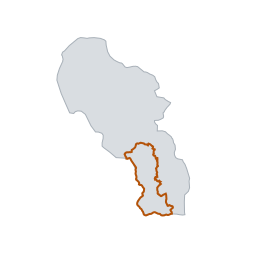 Slovakia, with Košický highlighted, rotated 68°
{"feature_id": "SVK-1057", "entity_name": "Košický", "entity_type": "Region", "adm_level": 1, "iso_a3": "SVK", "parent_name": "Slovakia", "parent_adm1": "", "projection": "orthographic", "projection_center": [21.122, 48.674], "detail": "fine", "context": "in_parent", "style": "outline", "palette": "amber", "viewbox_px": 256, "rotation_deg": 68, "n_neighbors": 0, "source": "natural_earth", "source_scale": "10m", "svg_char_len": 6620}
<svg xmlns="http://www.w3.org/2000/svg" viewBox="0 0 256 256"><g transform="rotate(68 128 128)"><path d="M229.7,107.7L229.2,109.9L227.8,112.5L226.0,115.3L224.6,118.5L222.7,125.5L221.4,128.8L216.0,135.2L215.7,144.1L215.0,144.7L202.6,147.8L201.0,147.4L199.3,145.7L198.3,144.4L197.8,143.5L196.7,141.1L195.2,139.4L193.1,138.0L191.2,136.3L188.7,136.3L182.1,138.6L177.4,138.8L174.3,138.1L170.2,136.7L162.2,136.4L156.7,137.6L156.2,139.3L151.0,150.1L143.5,154.0L137.0,158.0L135.1,158.8L132.0,157.5L128.4,155.0L125.4,153.7L123.1,154.2L120.7,156.9L119.5,159.6L112.1,161.5L99.4,162.4L94.9,165.0L93.3,168.2L93.1,170.7L94.2,172.9L92.7,175.4L92.1,176.4L83.0,176.7L71.0,177.0L63.8,176.5L57.0,176.0L52.5,173.7L47.1,169.2L41.5,163.3L40.9,163.2L40.1,162.5L36.4,161.9L35.4,162.2L33.2,160.3L32.7,157.9L29.6,151.5L26.3,141.0L26.4,138.1L28.1,134.8L29.6,132.3L29.9,130.3L30.1,129.7L31.5,125.6L34.5,120.1L37.3,117.0L39.2,116.0L43.0,117.2L49.6,118.3L54.7,117.8L59.6,115.5L62.2,113.4L64.5,111.2L65.3,109.7L66.3,109.1L70.3,107.9L71.6,106.4L72.2,103.5L72.7,100.2L73.6,97.8L74.7,96.1L82.0,92.1L82.7,90.6L83.9,89.2L86.1,87.6L88.3,85.3L90.5,84.0L93.3,84.2L95.9,84.0L97.9,83.2L98.8,83.2L102.5,84.0L103.1,86.7L103.4,89.5L109.8,89.5L113.5,83.5L115.4,82.9L118.4,80.8L120.4,79.0L121.7,80.2L123.5,84.1L125.5,87.3L126.7,88.5L126.8,89.5L128.0,90.1L130.3,90.5L131.8,91.5L132.2,94.4L132.2,97.0L131.5,98.9L131.0,100.6L132.6,101.2L135.0,100.6L136.7,99.7L141.7,102.0L143.5,97.2L145.5,94.7L148.1,93.6L150.5,92.1L152.6,91.1L154.1,91.1L154.7,90.7L156.5,90.8L158.7,91.3L161.5,90.8L165.5,92.0L168.0,94.2L170.4,95.0L173.2,94.9L175.1,93.6L177.9,89.4L179.9,89.5L183.0,88.8L187.4,88.8L197.7,89.7L200.2,91.3L206.5,93.3L209.3,95.7L210.5,98.5L211.2,100.5L217.7,103.5L227.4,107.2L229.7,107.7Z" fill="#d9dde1" stroke="#a8b0b8" stroke-width="1"/><path d="M223.9,119.4L223.9,119.5L223.6,120.1L223.6,120.6L223.7,121.0L223.8,122.9L223.7,123.2L223.5,123.8L223.2,124.3L222.9,124.6L222.6,124.9L222.5,125.7L222.6,126.8L222.3,128.0L221.9,129.0L221.4,129.8L220.9,130.1L220.0,130.4L219.5,130.7L219.3,131.1L218.9,131.9L218.7,132.3L216.4,134.3L215.9,135.2L215.8,136.3L216.3,138.4L216.1,139.3L215.8,140.2L215.8,144.1L215.1,145.0L214.5,145.5L213.8,145.7L211.7,145.5L211.0,145.5L210.3,145.8L208.5,145.9L207.9,146.1L206.9,146.8L205.3,147.0L203.4,148.0L202.3,148.1L201.2,147.7L200.3,147.0L199.4,146.0L197.4,142.9L197.1,142.3L196.6,140.1L196.3,139.5L195.7,139.4L194.3,139.4L193.8,139.1L193.5,138.7L193.2,137.7L192.9,137.2L192.6,137.0L192.0,136.7L190.8,136.0L190.2,135.8L188.4,136.4L187.2,136.5L186.6,136.6L185.9,137.0L185.6,137.5L185.4,138.1L184.9,138.7L184.4,139.0L184.0,138.8L183.6,138.4L182.9,138.2L181.7,138.4L178.9,139.8L178.0,139.5L177.3,138.8L176.3,138.4L175.2,138.2L174.3,138.3L173.1,138.1L171.1,136.9L170.0,136.8L169.5,136.7L168.4,135.7L167.9,135.4L167.3,135.4L159.7,137.1L157.4,137.3L156.4,137.7L156.4,138.1L156.3,138.5L156.4,139.5L156.4,139.8L156.4,140.0L155.9,140.9L155.8,141.0L155.2,140.6L154.4,140.6L154.1,140.7L153.5,141.0L153.2,141.0L152.7,140.9L151.1,141.0L151.0,140.9L151.1,140.7L150.4,140.1L150.3,139.9L150.2,139.7L150.2,139.3L150.2,139.2L150.1,138.9L150.0,138.7L150.1,138.2L150.2,137.9L150.3,137.6L150.5,137.3L150.6,137.1L150.9,135.8L151.0,135.5L151.1,135.3L151.2,135.1L151.3,135.0L151.3,134.9L151.4,134.7L151.5,134.0L151.6,133.6L151.2,133.4L150.9,133.2L150.4,133.1L150.2,133.0L149.8,132.8L149.7,132.7L149.7,132.4L149.7,132.2L149.5,131.2L148.8,129.0L148.6,128.6L146.8,127.1L146.7,127.0L146.3,126.9L146.0,126.6L145.9,126.3L145.8,125.7L145.7,125.3L145.8,125.1L146.0,124.8L146.2,124.6L146.4,124.4L146.5,124.2L146.5,123.9L146.4,123.4L146.4,122.9L146.4,122.4L146.5,122.3L146.5,122.1L146.4,121.9L146.6,121.5L148.3,119.0L149.1,118.8L149.6,118.3L150.1,117.2L150.3,116.9L150.5,116.7L151.6,116.0L151.1,115.4L150.6,115.2L150.2,115.1L150.1,114.9L150.5,114.5L151.0,113.9L151.2,113.7L151.7,113.4L153.2,112.7L153.5,112.5L153.6,112.4L153.7,112.5L153.8,112.5L154.0,112.4L154.6,111.8L154.8,111.8L154.9,112.0L155.2,112.0L156.0,112.6L156.5,113.4L156.7,113.5L156.6,113.4L156.5,113.2L156.4,112.9L156.4,112.7L156.5,112.7L157.4,112.4L157.5,112.3L157.5,112.2L157.3,111.9L157.4,111.7L157.5,111.5L157.7,111.2L157.9,111.2L158.1,111.3L158.0,111.8L158.1,112.0L158.3,112.1L159.2,112.9L160.1,113.4L160.8,113.5L161.1,113.5L161.3,113.6L161.4,113.8L161.8,114.5L162.0,114.6L162.4,114.6L162.9,114.6L163.2,114.4L163.4,114.3L163.5,114.2L163.7,113.9L163.6,113.7L163.8,113.4L164.0,113.3L164.6,113.3L166.9,113.7L167.0,113.6L166.8,113.3L166.7,113.2L166.8,112.8L166.8,112.6L166.7,112.3L166.7,112.2L166.8,112.0L167.2,112.1L168.0,112.5L168.6,112.6L168.8,112.7L168.8,112.8L168.7,113.0L168.8,113.3L169.2,113.5L169.4,113.5L169.6,113.5L170.7,113.3L171.4,113.9L172.2,114.0L173.2,114.7L173.3,114.7L173.5,114.5L174.2,114.4L174.4,114.4L174.6,114.5L174.7,114.8L174.7,115.0L174.7,115.4L174.9,115.7L175.5,116.2L175.6,116.4L175.6,116.5L175.7,116.8L175.9,117.1L176.1,117.2L176.2,117.3L176.3,117.3L176.4,117.2L176.9,117.2L178.3,117.6L179.0,117.7L179.8,117.5L180.0,117.5L180.4,117.7L180.5,117.8L180.7,118.1L180.8,118.2L181.0,118.4L181.3,118.7L181.5,118.8L182.2,118.6L182.7,118.8L183.1,118.8L183.3,119.0L183.6,119.1L183.9,119.2L184.2,119.1L184.3,119.1L184.3,119.3L184.4,119.5L184.1,119.8L184.0,120.0L183.8,120.3L183.7,120.4L183.7,120.5L183.7,120.8L184.1,121.4L184.7,122.0L185.1,122.2L185.6,122.2L186.0,122.2L185.9,121.8L185.9,121.7L185.9,121.4L186.0,121.2L186.3,121.1L186.8,121.1L187.0,121.1L187.4,120.9L188.0,120.9L188.4,120.6L188.5,120.4L188.6,120.0L188.7,119.3L188.7,119.2L188.5,118.8L188.5,118.7L189.0,118.5L189.3,118.5L189.6,118.8L189.8,118.9L189.9,118.6L189.9,118.2L190.0,118.1L190.1,118.4L190.2,118.6L190.4,118.7L190.8,119.0L191.1,119.0L191.4,118.9L191.6,118.8L191.7,118.7L192.2,118.5L192.6,119.5L192.6,119.8L192.7,120.3L192.8,120.7L193.0,121.1L193.2,121.3L194.2,123.2L196.5,124.1L197.4,124.2L198.0,124.2L198.3,124.2L198.5,124.3L199.2,124.8L199.6,125.0L200.0,125.0L200.2,124.9L200.4,124.9L200.6,124.8L200.7,124.7L200.8,124.4L201.1,124.2L201.9,124.1L202.4,123.5L203.1,123.3L203.3,123.2L203.5,123.0L203.6,122.7L203.6,122.3L203.6,122.1L203.4,121.6L203.3,121.4L203.3,121.0L203.3,120.9L203.1,120.3L203.1,120.1L203.1,119.4L203.1,119.2L203.0,117.6L204.4,117.7L207.8,118.8L208.3,119.0L208.5,119.1L208.6,119.3L208.8,119.5L210.5,120.4L211.2,120.6L211.9,120.6L212.9,120.5L215.0,120.4L215.2,120.1L215.2,119.9L215.1,119.4L215.0,118.9L214.9,118.7L215.1,118.3L215.2,118.2L215.9,117.9L217.2,116.1L218.2,116.0L218.8,116.4L218.9,116.6L219.0,116.8L219.0,117.0L219.0,117.3L219.6,118.6L219.6,118.9L219.7,119.2L219.8,119.3L220.0,119.4L221.2,119.3L222.1,119.0L222.3,119.0L223.9,119.4L223.9,119.4Z" fill="none" stroke="#b45309" stroke-width="2"/></g></svg>